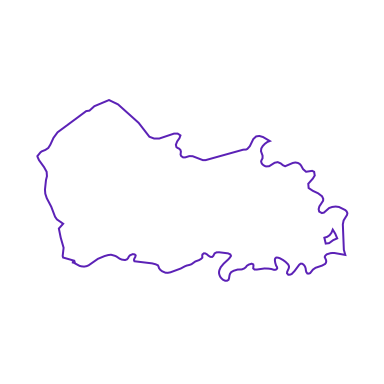 Pas-de-Calais, Natural Earth projection, rotated 343°
{"feature_id": "FRA-5334", "entity_name": "Pas-de-Calais", "entity_type": "Metropolitan department", "adm_level": 1, "iso_a3": "FRA", "parent_name": "France", "parent_adm1": "", "projection": "natural_earth1", "projection_center": [2.469, 50.516], "detail": "fine", "context": "isolated", "style": "outline", "palette": "violet", "viewbox_px": 384, "rotation_deg": 343, "n_neighbors": 0, "source": "natural_earth", "source_scale": "10m", "svg_char_len": 3479}
<svg xmlns="http://www.w3.org/2000/svg" viewBox="0 0 384 384"><g transform="rotate(343 192 192)"><path d="M56.6,224.2L59.3,224.7L59.3,223.3L49.6,217.0L49.6,215.4L52.9,207.8L53.1,197.2L54.0,188.0L59.5,184.7L54.8,178.7L53.8,175.6L53.1,165.0L51.3,155.4L51.2,150.7L52.1,146.7L55.9,137.8L57.9,134.5L58.9,130.2L57.8,125.0L55.0,116.8L54.6,113.6L54.6,112.5L58.8,109.7L60.3,109.2L64.0,108.9L67.4,107.9L70.3,105.4L75.4,99.7L80.9,95.6L114.5,83.7L117.7,84.2L123.7,81.4L139.5,79.8L146.9,86.6L161.2,110.3L167.4,126.7L171.4,129.8L176.3,131.3L192.0,130.9L195.4,132.0L197.5,134.5L195.7,136.9L192.6,139.3L190.4,142.1L190.2,144.4L191.0,145.6L192.2,146.6L193.2,148.3L193.2,150.1L192.0,152.9L192.2,154.5L193.6,156.3L195.6,156.9L199.8,156.9L203.0,157.9L211.7,164.7L214.3,165.5L253.4,166.5L256.1,167.2L257.5,167.0L260.7,165.1L266.1,159.3L269.6,157.6L272.8,158.1L276.0,160.2L281.3,166.0L278.7,166.2L275.8,167.2L273.1,168.7L271.0,170.6L269.9,173.1L270.1,177.9L269.3,180.4L267.6,182.1L267.0,183.1L267.0,184.7L267.4,186.1L268.3,187.4L269.3,188.5L270.3,189.2L273.3,189.9L279.6,188.2L282.7,188.5L285.2,190.6L286.8,193.0L288.6,194.6L296.9,193.7L299.5,194.0L301.8,195.2L303.2,196.7L304.0,198.4L304.9,202.6L307.0,206.0L313.1,206.9L314.7,208.4L314.2,212.1L311.5,214.5L305.6,218.1L304.7,222.3L307.9,226.2L312.2,230.1L315.1,234.1L315.5,236.9L314.8,238.7L309.6,243.0L308.1,245.4L307.9,247.9L310.0,250.1L312.1,250.3L318.5,247.4L321.7,247.3L325.1,247.9L328.2,249.3L333.3,254.1L334.2,255.8L334.4,257.7L333.5,259.3L328.7,263.5L326.8,267.0L320.3,291.7L320.2,297.0L310.2,291.9L308.6,291.4L306.6,291.0L302.7,291.0L300.8,291.9L299.9,293.0L300.3,296.3L300.1,297.5L299.5,298.7L298.3,299.7L294.9,300.4L288.0,300.6L284.9,301.6L281.3,304.1L279.9,304.2L278.5,303.7L277.9,301.9L278.0,300.2L278.3,298.5L278.3,296.8L278.0,295.3L277.3,293.9L276.4,292.8L275.0,292.3L273.3,292.9L266.9,297.6L263.3,299.6L261.5,299.7L259.9,299.3L259.1,297.5L259.7,296.1L262.1,293.4L262.9,292.0L263.0,290.7L262.7,289.2L261.0,286.1L259.2,283.7L256.6,281.0L255.0,279.9L253.4,279.3L252.1,279.9L251.4,281.1L251.1,282.6L250.9,284.1L250.9,287.0L251.3,288.3L251.3,289.3L251.1,290.0L250.0,290.7L248.6,290.7L247.5,290.3L245.3,288.8L242.7,287.6L238.9,286.3L231.2,285.1L229.1,284.4L228.2,283.0L228.7,281.7L229.3,280.3L229.4,279.1L228.1,278.0L225.1,278.0L222.9,278.6L221.4,279.7L219.5,280.4L217.0,280.6L212.9,279.5L208.8,279.5L206.0,280.1L204.4,281.4L203.5,282.7L202.1,285.5L201.2,286.7L199.6,287.1L197.8,286.6L196.0,285.0L195.1,283.5L194.4,282.0L194.1,280.6L194.0,279.1L194.1,277.6L194.5,276.3L195.3,274.8L197.5,272.3L201.3,269.8L207.1,267.0L209.2,265.7L210.6,264.5L210.4,262.9L208.5,261.2L200.4,257.6L197.9,256.9L195.7,257.3L193.6,259.4L192.3,260.0L190.6,259.4L189.1,257.7L188.0,255.9L186.7,254.6L185.4,254.1L183.7,254.8L183.2,255.8L182.7,257.8L181.2,258.6L178.9,259.2L174.9,259.4L170.4,260.9L168.4,261.0L165.5,260.8L163.3,261.0L158.8,261.9L147.9,262.5L145.2,262.2L143.0,261.4L140.2,259.0L138.9,257.1L138.2,255.2L138.2,253.7L138.0,252.2L136.1,250.5L133.0,248.6L116.7,241.4L116.6,240.1L117.4,238.8L118.8,237.5L119.6,236.1L118.9,234.9L117.2,234.1L114.2,234.4L112.7,235.3L111.6,236.5L110.1,237.4L108.1,237.5L105.1,236.1L103.3,234.6L100.9,231.6L99.5,230.4L96.2,228.3L93.4,227.8L89.7,227.7L82.5,228.4L71.7,231.9L69.5,232.1L67.0,231.8L64.6,230.8L62.9,229.8L58.2,225.0L56.6,224.2ZM308.1,281.0L313.0,279.3L317.3,278.8L316.8,273.8L315.6,269.1L313.5,271.7L311.0,273.5L308.2,274.4L305.2,274.4L304.8,280.4L308.1,281.0Z" fill="none" stroke="#5b21b6" stroke-width="2"/></g></svg>